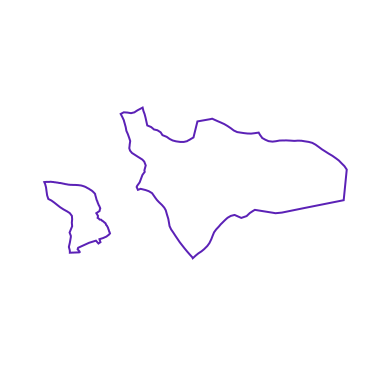 the district of Al Mahabishah, Hajjah, Yemen, rotated 319°
{"feature_id": "15242507B79718880947555", "entity_name": "Al Mahabishah", "entity_type": "district", "adm_level": 2, "iso_a3": "YEM", "parent_name": "Yemen", "parent_adm1": "Hajjah", "projection": "mercator", "projection_center": [43.424, 15.924], "detail": "fine", "context": "isolated", "style": "outline", "palette": "violet", "viewbox_px": 384, "rotation_deg": 319, "n_neighbors": 0, "source": "geoboundaries", "source_scale": "gbopen_adm2", "svg_char_len": 4414}
<svg xmlns="http://www.w3.org/2000/svg" viewBox="0 0 384 384"><g transform="rotate(319 192 192)"><path d="M149.1,242.5L149.6,242.5L153.2,242.4L156.6,242.5L160.2,243.0L163.6,243.1L168.1,242.8L171.6,242.0L175.6,240.3L179.0,238.5L182.2,236.9L185.7,236.1L189.6,235.7L192.7,235.2L193.3,235.2L197.7,234.9L200.2,234.8L202.0,234.8L205.6,235.5L209.0,237.2L209.2,237.5L212.2,243.9L217.4,246.0L221.8,245.8L225.5,246.3L227.7,246.7L239.4,260.7L241.1,262.8L246.3,266.5L266.1,277.7L297.6,295.7L301.1,297.7L323.5,276.6L324.0,272.5L323.7,268.3L323.5,264.6L322.8,261.3L321.7,256.8L320.3,252.6L319.1,248.5L318.1,245.2L317.2,241.1L316.3,237.3L315.0,233.8L312.9,230.7L310.6,228.0L308.2,225.1L305.6,222.7L302.8,220.6L300.2,218.0L297.2,215.1L294.5,212.8L291.8,210.6L288.6,208.7L285.8,206.8L283.1,203.8L281.6,200.6L280.4,197.2L280.5,197.0L280.8,193.4L281.3,190.9L280.9,190.7L279.9,190.0L278.0,188.8L274.9,186.7L272.2,184.2L269.9,181.7L267.6,179.0L265.4,176.4L263.9,173.0L263.1,169.2L262.1,165.5L260.9,161.9L259.3,158.4L257.8,155.3L255.3,149.9L253.9,149.2L242.4,142.3L228.9,151.8L225.3,151.1L224.9,151.1L223.0,150.6L221.6,150.4L218.6,148.8L215.9,146.4L214.4,144.7L213.2,143.3L211.2,140.4L209.9,137.2L209.1,133.8L207.0,129.7L207.5,126.4L206.4,122.7L204.3,119.8L204.2,118.8L203.8,116.2L201.9,112.4L205.6,105.6L207.3,102.2L208.5,99.0L210.1,95.9L204.5,94.6L202.5,94.3L200.8,94.1L197.7,92.5L195.4,89.7L192.8,87.1L189.4,86.3L188.6,89.7L187.6,93.2L187.2,93.9L186.0,96.5L184.5,99.6L182.6,102.8L181.9,105.1L181.6,106.1L180.2,109.7L178.8,113.0L176.0,115.4L175.3,116.1L173.4,117.8L172.4,120.1L172.3,123.1L174.3,130.0L174.4,130.3L175.4,133.6L175.8,135.0L175.9,137.7L174.5,141.6L170.3,144.4L169.5,145.8L168.0,146.1L165.8,146.6L158.8,150.4L155.8,151.1L154.8,151.3L153.5,151.9L152.6,154.9L155.3,155.9L158.2,160.0L159.9,163.0L161.0,166.3L161.1,166.8L160.5,172.4L160.3,175.1L160.4,177.8L160.8,182.1L160.8,185.6L160.3,188.1L160.2,188.6L158.4,192.4L156.5,196.7L154.7,199.7L152.7,203.0L151.7,206.5L151.3,210.1L150.7,214.4L150.3,217.8L149.8,221.9L149.6,225.7L149.4,229.7L149.3,233.6L149.3,237.5L149.4,241.4L149.1,242.5ZM60.0,157.7L67.2,163.5L67.7,163.7L68.1,163.2L68.1,160.2L69.5,159.4L81.0,162.8L84.4,164.3L87.6,165.7L87.6,169.5L90.0,169.8L91.2,166.9L94.6,168.4L98.2,169.5L101.7,169.7L103.0,169.4L103.1,169.1L103.2,168.6L103.5,168.2L103.5,167.7L103.8,167.0L104.0,166.6L104.2,166.2L104.4,165.7L104.5,165.2L104.8,164.7L104.9,164.3L105.1,164.0L105.2,163.7L105.3,163.2L105.4,162.7L105.5,162.1L105.7,161.5L105.6,160.3L106.2,159.1L106.1,158.4L106.1,158.0L105.9,157.7L105.9,157.0L105.8,156.5L105.7,156.0L105.6,155.3L105.3,154.8L105.3,153.4L104.3,152.3L104.2,152.2L104.2,151.7L104.2,151.1L103.8,149.6L104.5,149.2L104.8,148.9L105.1,148.4L105.4,148.3L105.9,145.2L109.8,145.7L110.9,144.8L111.2,144.5L111.7,144.4L112.0,144.2L112.2,143.7L112.4,143.1L112.5,142.7L112.7,142.2L112.9,141.6L112.9,141.2L113.0,140.7L113.2,140.2L113.4,139.5L113.7,138.9L113.7,138.5L114.0,137.8L114.2,137.4L114.5,136.9L114.5,136.3L114.8,135.6L115.0,135.0L115.3,134.4L115.6,133.9L115.9,133.2L116.3,132.4L116.6,131.7L117.1,130.7L117.3,130.3L117.6,129.9L117.6,129.6L117.6,129.0L117.6,128.5L117.6,128.1L117.5,127.5L117.5,126.9L117.4,126.2L117.3,125.5L117.1,124.6L116.9,124.2L116.8,123.7L116.4,122.5L116.3,121.9L115.9,121.0L115.6,120.2L115.3,119.3L115.1,118.7L114.9,118.4L114.7,117.9L114.6,117.5L114.4,117.2L114.0,116.6L113.8,116.3L113.6,115.8L113.2,115.3L112.9,114.8L112.7,114.5L112.5,114.2L112.2,113.9L112.0,113.7L111.6,113.2L111.0,112.6L110.7,112.2L110.2,111.7L109.9,111.5L109.5,111.0L109.2,110.8L108.6,110.1L108.1,109.7L107.6,109.3L106.9,108.7L106.6,108.4L106.4,108.1L105.9,107.7L105.5,107.3L104.9,106.8L104.6,106.5L104.2,106.0L103.5,105.3L103.2,104.9L102.9,104.5L102.5,104.0L102.0,103.4L101.4,102.7L101.1,102.2L100.7,101.7L100.3,101.2L99.8,100.5L99.2,99.7L98.9,99.4L98.6,98.9L98.0,98.4L97.7,98.1L97.5,97.7L97.1,97.3L96.9,97.0L96.7,96.7L96.4,96.4L96.0,96.0L95.7,95.6L95.1,94.9L94.6,94.4L94.2,93.9L94.0,93.6L93.7,93.3L93.3,92.9L92.9,92.5L92.4,91.9L91.9,91.4L91.3,91.0L90.6,90.5L90.2,90.1L89.8,89.8L89.3,89.3L88.8,88.9L88.4,88.6L87.8,88.2L87.5,87.9L87.0,87.6L86.4,89.6L84.9,92.7L82.9,95.7L80.4,99.6L79.0,103.0L80.3,106.2L81.1,109.6L81.8,113.4L82.5,117.0L83.6,120.8L84.8,124.1L84.9,124.3L85.9,127.7L85.8,129.4L85.7,131.2L83.7,133.9L81.2,136.3L79.1,139.2L73.0,142.3L71.8,145.6L71.0,146.5L66.7,150.0L63.0,152.7L61.5,155.8L60.1,157.6L60.0,157.7Z" fill="none" stroke="#5b21b6" stroke-width="2"/></g></svg>